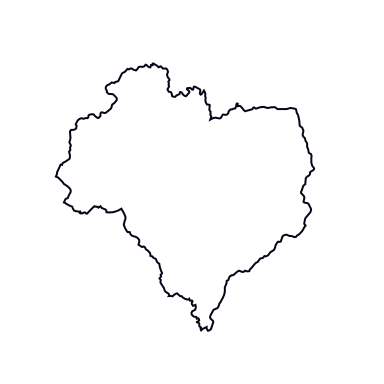 Huu Lung, Lạng Sơn, Vietnam, rotated 162°
{"feature_id": "81297802B35079403712963", "entity_name": "Huu Lung", "entity_type": "district", "adm_level": 2, "iso_a3": "VNM", "parent_name": "Vietnam", "parent_adm1": "Lạng Sơn", "projection": "mercator", "projection_center": [106.335, 21.575], "detail": "fine", "context": "isolated", "style": "outline", "palette": "ink", "viewbox_px": 384, "rotation_deg": 162, "n_neighbors": 0, "source": "geoboundaries", "source_scale": "gbopen_adm2", "svg_char_len": 6020}
<svg xmlns="http://www.w3.org/2000/svg" viewBox="0 0 384 384"><g transform="rotate(162 192 192)"><path d="M103.5,118.5L99.6,120.6L97.8,122.0L96.5,123.5L94.5,124.8L94.3,125.1L95.0,126.4L95.0,127.4L92.8,131.4L91.8,132.4L86.2,135.8L84.9,137.1L84.2,138.3L84.1,139.7L84.9,144.8L85.8,145.8L88.5,147.3L88.9,147.9L88.8,148.6L87.2,151.2L86.8,152.4L87.0,154.1L88.5,157.0L88.4,158.2L86.4,160.5L84.6,163.1L83.6,163.8L81.9,164.4L79.5,170.0L77.5,171.2L76.0,171.4L75.2,171.8L74.2,172.6L73.8,174.0L73.3,174.5L69.9,175.3L69.1,175.9L68.6,176.6L68.7,177.5L69.5,179.5L69.5,182.4L69.2,183.8L68.5,185.8L68.1,187.4L67.2,189.1L67.0,190.1L67.2,191.4L68.5,192.8L68.8,193.4L68.3,197.1L68.6,199.2L67.5,202.6L68.2,205.8L68.0,208.4L68.9,209.9L69.2,211.4L68.8,212.9L67.4,215.1L67.1,216.3L67.3,218.9L69.1,221.8L67.9,226.7L67.4,231.6L67.4,232.7L67.9,234.8L67.5,238.5L68.4,239.4L72.3,241.5L76.3,241.6L84.7,244.3L85.3,244.7L86.3,246.4L87.1,247.1L90.2,248.0L94.1,248.5L97.5,250.8L101.3,251.6L105.4,251.5L107.0,253.4L107.5,253.4L108.9,252.1L116.5,252.4L117.3,253.5L118.6,257.1L119.5,258.7L119.8,259.1L122.0,259.5L122.4,259.9L122.2,260.9L121.2,261.6L121.6,262.2L122.0,262.3L122.4,262.0L123.9,259.3L125.2,258.1L126.7,258.4L128.6,258.2L129.6,258.6L130.2,258.5L132.2,257.3L133.2,255.7L134.7,254.9L136.0,254.9L138.6,256.1L139.6,255.5L141.4,253.7L142.4,253.4L143.5,253.6L146.8,255.5L149.7,255.7L152.2,255.2L150.3,257.8L150.7,259.8L149.5,262.5L150.0,264.0L150.1,264.8L148.3,269.1L148.5,269.6L150.7,270.6L151.1,272.2L151.1,274.8L149.9,277.4L149.8,279.3L148.9,281.3L148.9,283.0L149.3,284.8L152.3,282.3L153.6,281.9L154.0,282.6L154.0,283.6L152.7,285.9L152.7,287.0L156.1,290.8L157.3,291.6L157.9,291.4L159.0,289.4L159.6,289.0L160.2,289.3L161.0,290.8L161.7,291.6L163.8,292.1L164.7,292.1L165.1,291.3L163.6,289.1L163.6,287.8L164.2,287.2L168.1,285.0L168.7,285.2L169.8,286.4L170.5,287.7L171.0,289.7L172.0,290.6L172.7,290.6L173.7,288.9L176.6,288.7L178.7,287.7L180.9,288.8L181.3,289.6L180.9,291.3L181.1,293.2L181.5,293.7L183.2,294.6L183.6,297.3L181.3,299.3L181.1,300.2L181.3,300.8L180.5,302.2L180.4,304.3L179.0,305.2L178.7,305.8L178.7,306.6L179.5,308.2L179.6,310.5L179.3,311.7L177.7,313.6L177.7,315.9L178.1,316.9L178.7,317.6L181.4,318.3L182.9,321.2L183.3,321.3L184.8,320.9L185.3,321.0L186.2,322.9L189.2,326.3L189.9,326.1L190.3,324.8L191.8,325.4L192.9,323.6L193.2,323.4L194.1,323.9L195.2,325.2L196.0,326.8L196.8,327.4L198.3,326.4L199.6,326.2L200.7,326.4L202.4,327.2L204.3,327.3L205.6,326.0L207.7,324.9L209.6,326.2L211.5,328.3L212.5,328.5L214.1,328.1L215.3,329.0L218.8,327.0L221.4,326.6L222.2,326.2L227.9,320.2L231.2,320.3L232.0,319.6L234.6,321.0L237.3,319.9L239.3,319.8L240.3,319.5L241.5,318.4L242.0,317.4L242.1,316.2L241.7,314.8L242.1,313.1L241.0,311.1L237.3,309.6L236.7,309.0L235.2,306.1L234.6,304.5L234.9,303.3L235.4,302.5L238.6,300.5L240.9,299.8L242.7,297.0L243.7,296.2L248.6,294.3L249.7,294.0L250.8,294.1L253.0,295.6L254.0,295.7L254.9,294.8L255.7,292.5L258.1,291.3L259.0,291.7L260.4,293.6L261.7,296.4L263.5,297.0L265.6,297.2L266.5,297.0L267.0,296.4L267.5,295.1L268.5,294.5L270.2,295.2L272.4,295.1L274.5,296.4L276.7,296.2L278.7,295.3L281.6,292.5L281.7,292.0L281.2,290.7L282.6,288.2L283.7,287.8L285.3,287.7L287.8,288.4L289.4,287.2L290.8,281.2L291.8,279.2L293.3,277.2L292.8,273.8L294.3,271.8L294.8,269.4L296.5,268.3L296.7,264.6L297.9,261.7L298.6,261.3L303.0,260.0L305.4,259.7L307.0,258.6L307.2,258.0L308.5,258.6L314.0,252.7L315.0,250.7L316.7,248.7L315.0,247.3L314.2,245.9L312.2,241.9L311.4,239.4L308.7,236.0L307.3,233.5L306.9,232.2L306.9,230.7L307.7,229.1L309.9,227.2L311.9,224.7L313.8,224.5L314.9,224.0L317.0,221.6L316.3,221.2L315.2,219.6L312.3,216.5L310.7,215.4L310.4,214.8L310.4,213.2L309.9,210.8L308.5,209.7L306.6,208.9L305.4,207.9L304.5,208.1L304.3,207.5L305.1,207.2L305.2,206.7L304.6,206.1L302.5,205.5L301.6,205.8L300.7,205.9L300.0,205.5L299.2,204.2L298.6,203.9L298.1,203.9L297.4,204.5L290.7,208.0L289.1,208.6L288.7,208.0L287.7,207.8L287.2,207.3L286.3,207.0L285.7,206.0L283.5,206.8L282.6,204.5L279.8,202.2L279.3,201.4L279.2,200.9L279.6,199.2L277.9,198.4L273.9,197.3L271.7,197.1L267.9,197.2L264.3,197.9L263.2,192.2L263.0,188.9L263.6,187.0L265.3,184.8L267.0,181.9L266.8,178.4L266.1,174.9L265.5,173.7L263.7,173.2L263.5,170.6L262.9,169.4L261.1,167.8L259.5,166.9L257.8,164.9L257.1,162.9L257.4,161.1L259.2,158.4L256.4,155.0L254.8,155.1L254.2,154.5L253.8,153.7L253.6,151.8L252.5,150.5L250.9,147.3L250.8,145.8L251.3,144.1L251.0,143.7L249.6,143.0L248.9,141.1L247.3,139.8L247.0,139.1L246.9,136.4L246.2,134.9L245.3,134.0L245.8,130.5L245.8,126.6L245.5,124.2L246.1,123.5L247.4,123.0L247.4,121.3L249.6,119.9L248.9,118.0L249.9,115.8L249.9,115.0L248.4,109.5L248.4,106.7L248.1,105.5L246.4,103.4L245.5,102.0L245.6,100.7L246.2,100.2L244.6,99.8L242.7,98.8L240.7,99.8L238.1,100.3L237.5,100.2L235.5,96.7L234.0,96.1L233.7,95.0L231.6,92.5L229.4,91.0L228.3,90.9L227.7,91.3L227.5,89.3L225.8,88.9L225.4,88.6L225.3,87.7L226.2,87.0L226.6,86.2L226.7,85.2L226.2,83.4L223.6,83.6L223.8,81.6L225.3,79.1L228.7,78.4L229.8,77.3L230.1,76.1L230.0,75.1L228.9,73.0L226.5,71.8L226.6,70.0L225.0,69.9L224.7,69.2L224.9,67.6L226.3,67.0L227.5,66.9L227.6,66.7L225.7,64.9L226.5,61.9L225.3,60.4L226.1,59.3L226.2,57.6L225.9,57.5L224.8,58.3L223.5,58.6L219.8,59.1L220.3,57.6L219.7,55.1L219.0,55.0L216.5,55.5L216.2,56.3L215.6,56.7L211.9,61.8L211.9,63.1L213.2,65.2L213.6,66.7L213.4,67.7L212.2,69.3L207.9,73.3L204.2,73.7L203.1,74.1L201.2,76.1L200.6,77.3L199.1,78.3L195.1,82.1L193.0,84.6L191.4,87.5L190.3,91.0L187.3,94.7L186.4,96.8L184.7,97.0L182.7,99.6L182.2,100.0L179.8,100.6L178.8,100.2L178.1,100.3L173.5,102.3L171.8,102.6L171.2,102.4L169.7,101.0L168.2,100.2L167.5,100.1L165.8,100.8L164.4,99.6L162.0,99.0L160.8,100.5L158.5,101.6L154.7,104.1L153.1,104.9L151.1,105.2L147.9,107.6L144.9,107.4L142.9,108.7L141.7,108.0L139.7,108.2L138.7,108.6L136.3,110.4L131.9,111.6L130.4,113.2L129.0,115.4L127.7,116.7L125.8,118.1L125.2,118.1L124.1,117.4L122.8,117.5L119.8,121.7L118.4,122.4L115.9,122.4L115.2,122.1L112.8,120.0L110.8,119.3L108.5,117.4L107.0,117.2L105.3,118.2L103.5,118.5Z" fill="none" stroke="#020617" stroke-width="2"/></g></svg>